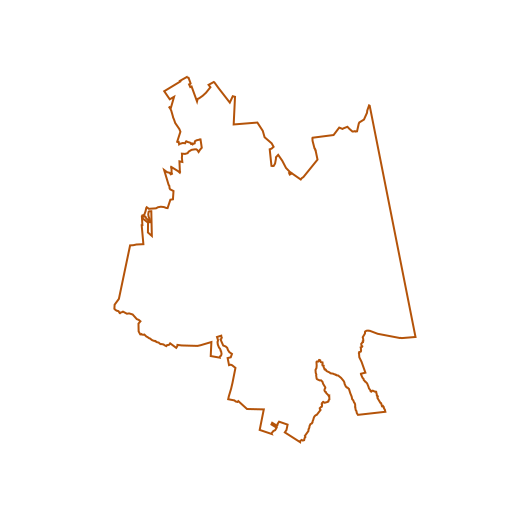 San Juan del Río, Querétaro, Mexico (Equal Earth projection), rotated 344°
{"feature_id": "50627088B99493350429125", "entity_name": "San Juan del Río", "entity_type": "district", "adm_level": 2, "iso_a3": "MEX", "parent_name": "Mexico", "parent_adm1": "Querétaro", "projection": "equal_earth", "projection_center": [-100.015, 20.377], "detail": "fine", "context": "isolated", "style": "outline", "palette": "amber", "viewbox_px": 512, "rotation_deg": 344, "n_neighbors": 0, "source": "geoboundaries", "source_scale": "gbopen_adm2", "svg_char_len": 6111}
<svg xmlns="http://www.w3.org/2000/svg" viewBox="0 0 512 512"><g transform="rotate(344 256 256)"><path d="M334.1,419.7L333.9,419.4L332.9,419.2L331.1,417.6L330.4,417.6L329.5,418.2L328.9,417.7L328.9,416.4L328.1,414.4L328.1,412.6L327.7,409.1L326.6,407.0L326.1,406.6L326.1,406.1L325.4,405.0L325.5,403.7L324.8,402.4L324.3,398.6L324.4,398.1L329.0,398.3L328.3,386.9L327.4,381.8L328.1,378.5L328.1,377.8L328.6,377.5L328.6,376.9L330.5,376.7L331.1,375.4L331.1,374.5L331.4,373.8L331.4,372.7L333.0,372.5L333.3,372.1L332.7,371.1L332.9,369.5L334.6,368.3L335.0,368.3L335.1,367.3L335.8,367.1L336.2,364.9L336.2,363.5L339.1,360.8L339.5,360.3L339.8,359.1L340.1,358.7L341.6,358.3L343.3,358.6L343.8,359.0L344.7,359.2L351.5,364.3L371.7,374.5L372.2,374.5L373.5,375.1L387.0,377.8L406.7,142.9L406.2,142.4L403.0,146.9L402.2,148.9L397.4,154.6L392.1,156.1L391.2,157.2L387.5,164.0L386.0,163.8L385.9,163.5L385.3,163.2L384.7,163.3L383.0,162.9L380.8,159.5L379.5,157.0L375.2,157.4L374.2,157.7L371.4,155.5L363.9,161.1L343.0,157.9L342.7,158.2L342.1,161.0L341.9,168.7L342.2,169.0L342.4,170.5L342.2,170.5L342.3,172.0L341.7,180.3L323.3,193.2L321.4,193.8L320.1,194.8L313.0,186.1L312.5,186.7L310.9,187.0L310.7,185.4L312.4,185.3L311.7,184.5L309.1,179.6L307.5,171.7L305.2,164.9L302.4,166.6L301.9,168.2L299.8,172.4L297.8,174.3L296.7,174.1L295.7,173.6L298.6,157.2L300.5,157.1L303.0,155.9L302.1,152.0L297.0,144.2L297.0,137.6L294.1,128.1L270.8,123.4L279.7,97.2L277.7,96.0L273.1,101.3L266.4,84.6L263.9,77.8L263.4,77.1L257.6,78.4L258.7,81.2L252.9,85.3L248.9,87.3L244.9,88.7L243.2,88.9L241.9,91.2L240.8,75.3L239.4,75.5L239.0,72.6L240.1,72.5L240.7,72.1L240.3,66.1L238.7,65.1L238.7,64.9L231.1,66.7L231.3,67.4L213.2,72.3L216.3,81.6L221.1,80.4L214.9,90.3L213.4,88.4L214.2,90.7L214.6,92.9L214.6,98.9L214.5,99.9L214.8,102.1L215.0,105.9L217.3,112.8L217.6,115.7L211.7,124.5L212.2,124.9L213.1,125.0L212.9,127.4L213.3,127.2L216.8,127.2L219.0,128.1L220.2,126.6L220.8,126.6L221.6,127.5L223.8,128.8L224.5,129.9L224.5,130.5L225.0,130.6L225.0,130.2L225.3,130.3L225.3,130.6L225.8,131.3L226.0,131.2L226.1,130.4L227.1,130.9L228.1,130.8L228.9,128.9L230.7,128.4L234.4,128.6L234.9,127.8L233.7,137.0L231.5,138.4L229.5,140.2L228.8,138.0L228.0,137.0L226.6,136.6L223.3,136.2L220.1,137.1L218.6,138.3L215.9,138.3L213.0,137.2L212.6,139.2L211.8,141.2L211.1,145.3L208.5,143.9L206.2,153.4L206.2,154.3L205.7,154.9L204.5,153.0L199.0,146.9L198.9,147.0L198.7,149.5L197.9,152.2L197.9,153.8L196.6,154.0L195.9,152.2L193.6,150.9L191.4,148.0L191.6,163.5L192.0,164.6L191.6,167.2L191.9,168.3L194.6,170.8L191.8,178.6L189.2,178.3L184.2,185.6L183.0,185.1L181.0,183.6L178.1,182.4L175.3,182.1L173.0,182.6L166.0,181.1L164.4,179.0L163.8,179.5L162.1,182.6L160.4,185.0L159.7,185.6L157.8,185.7L157.3,187.1L159.3,187.2L159.8,187.5L160.4,187.5L160.6,187.9L160.9,189.7L162.2,191.5L162.4,194.0L163.1,194.2L163.8,190.2L163.6,188.8L163.9,186.2L165.0,183.9L165.6,183.6L167.7,184.1L161.4,208.0L158.6,203.6L161.4,194.2L156.9,187.9L155.3,195.0L154.6,194.9L151.0,213.6L144.3,212.0L141.0,211.8L137.9,211.1L112.4,259.4L106.7,263.8L105.3,267.7L106.0,269.0L106.9,270.1L108.6,271.1L109.3,273.4L109.5,273.5L110.1,273.0L111.6,273.1L112.8,272.8L116.0,275.9L118.2,276.2L121.3,278.2L124.0,283.8L125.7,285.1L126.9,286.9L124.4,288.6L122.4,296.1L123.1,299.4L123.7,299.7L124.4,299.5L124.8,300.1L126.0,300.7L127.0,300.7L128.5,303.3L129.3,303.9L130.5,305.5L131.4,306.1L132.8,308.1L134.3,309.3L135.5,309.8L135.6,310.2L136.2,310.7L136.3,310.6L136.8,311.4L138.6,312.4L139.5,313.9L140.2,314.5L140.9,314.6L142.8,315.6L143.4,316.5L144.9,317.9L146.1,317.1L146.9,317.4L148.2,317.3L149.4,316.3L154.0,322.3L155.4,321.1L156.0,319.8L159.9,321.5L175.0,326.3L178.2,326.5L189.4,326.4L184.9,339.7L193.1,343.7L193.1,343.4L193.7,342.6L195.0,342.1L195.9,340.6L196.2,337.9L195.8,337.3L196.0,336.3L195.8,335.1L195.2,333.8L194.9,330.6L195.3,328.0L195.6,327.8L196.3,326.3L196.2,323.1L200.6,323.0L200.4,324.6L200.6,324.9L199.9,326.0L198.9,326.4L199.8,333.0L201.9,334.6L203.0,336.3L203.1,338.6L203.9,341.1L205.9,343.5L203.8,346.4L200.6,346.3L200.0,353.5L201.7,353.5L202.9,354.4L205.4,357.9L198.4,371.5L195.5,376.7L191.2,383.4L189.8,386.0L195.5,388.9L196.3,390.2L198.0,391.2L199.0,390.6L205.2,400.6L221.2,405.6L211.6,424.2L222.0,431.4L221.9,430.8L224.5,429.0L226.4,428.7L228.5,426.7L224.4,422.2L225.6,420.8L229.4,425.0L230.2,424.2L230.5,423.3L232.5,421.6L239.9,426.8L237.3,431.7L235.1,433.5L247.1,447.1L247.5,446.0L249.2,445.4L250.1,446.3L251.5,446.3L252.5,444.4L253.6,443.6L253.4,442.4L258.1,438.7L258.8,436.9L259.2,436.7L260.0,435.6L260.6,434.2L262.0,432.6L263.6,432.3L263.9,431.8L264.4,431.6L264.9,430.4L265.7,429.5L267.2,427.1L268.3,426.1L269.5,425.5L270.5,425.5L275.6,421.8L275.2,420.7L275.3,419.9L277.0,419.0L277.5,419.1L277.8,418.9L278.4,417.6L278.3,416.5L278.8,416.3L279.0,415.5L279.5,415.3L280.3,414.7L280.6,414.8L281.1,415.7L281.5,416.0L284.9,416.0L285.5,415.8L285.6,415.2L286.3,414.5L287.0,414.1L287.8,410.8L287.4,411.0L287.0,409.4L285.7,407.1L285.7,406.1L284.9,405.3L284.8,404.3L284.8,403.9L285.2,403.0L286.2,402.0L286.4,401.4L285.3,397.4L285.2,395.1L284.2,393.4L283.0,393.2L281.0,391.5L280.6,391.0L280.5,390.6L280.9,387.4L281.3,386.6L281.3,386.1L281.2,384.8L281.8,381.9L283.2,380.4L284.1,378.1L284.9,374.6L285.4,374.2L286.8,374.6L288.0,373.3L288.4,373.4L289.0,374.0L288.8,375.1L289.1,375.9L290.6,376.6L290.4,377.8L289.9,378.5L289.8,379.0L289.8,379.5L290.8,380.1L290.4,381.1L290.5,382.4L290.8,383.2L290.6,383.9L290.8,384.2L291.6,384.3L291.8,384.7L291.9,385.6L292.4,386.3L294.6,388.2L295.3,389.3L297.6,390.3L298.7,391.3L299.3,391.5L299.7,392.2L300.3,392.3L300.7,393.0L302.0,393.5L304.2,396.6L305.8,400.3L306.1,401.9L305.9,403.2L306.4,406.4L307.0,407.0L307.1,407.5L307.9,408.0L308.1,408.6L308.7,409.3L308.8,414.0L309.2,417.5L309.0,420.2L309.7,421.5L309.9,423.9L310.3,424.6L310.4,425.8L310.0,427.7L309.6,428.4L309.8,428.9L309.6,429.5L309.4,431.7L309.8,432.7L309.6,434.7L310.2,436.8L337.4,441.4L337.5,439.2L337.0,437.7L337.2,436.5L336.7,435.2L336.0,435.5L335.7,435.3L335.7,432.2L335.6,431.8L335.1,431.5L333.6,425.8L334.4,424.7L334.3,424.1L333.7,423.7L333.7,423.3L334.0,422.2L333.9,421.1L334.1,419.7Z" fill="none" stroke="#b45309" stroke-width="2"/></g></svg>